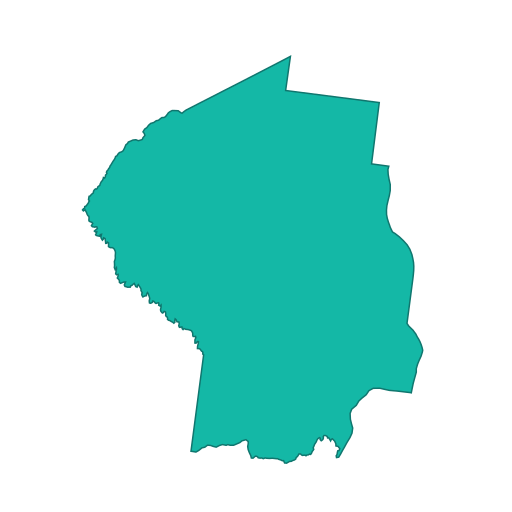 outline of Paoy Paet, Bântéay Méanchey, Cambodia, rotated 8°
{"feature_id": "14789045B48513904069909", "entity_name": "Paoy Paet", "entity_type": "district", "adm_level": 2, "iso_a3": "KHM", "parent_name": "Cambodia", "parent_adm1": "Bântéay Méanchey", "projection": "equal_earth", "projection_center": [102.631, 13.649], "detail": "fine", "context": "isolated", "style": "filled", "palette": "teal", "viewbox_px": 512, "rotation_deg": 8, "n_neighbors": 0, "source": "geoboundaries", "source_scale": "gbopen_adm2", "svg_char_len": 5740}
<svg xmlns="http://www.w3.org/2000/svg" viewBox="0 0 512 512"><g transform="rotate(8 256 256)"><path d="M262.3,53.5L258.6,56.2L225.2,79.9L166.6,121.1L164.8,122.8L162.9,124.9L161.7,124.6L158.8,123.0L156.2,123.2L152.8,123.6L150.9,124.9L149.3,126.4L148.4,128.2L147.0,130.5L145.8,131.6L143.6,132.0L142.4,133.1L140.5,135.2L138.4,135.9L136.2,138.0L134.3,138.9L133.3,139.3L131.5,141.4L130.0,144.1L128.1,145.8L126.8,148.8L128.3,150.2L129.2,152.1L127.6,154.6L127.2,156.4L125.1,157.5L123.4,158.2L120.9,157.6L118.0,158.3L116.1,159.5L113.7,160.9L113.1,162.5L111.7,163.9L110.7,167.6L109.8,170.2L108.5,171.5L106.3,172.6L105.0,174.5L104.4,176.1L103.1,177.0L102.9,178.4L102.3,180.1L101.4,181.8L100.2,184.6L99.6,186.1L99.0,187.1L98.7,188.8L97.9,190.0L97.4,191.5L96.6,192.5L96.2,193.9L96.9,194.8L96.4,196.0L95.7,196.8L95.8,198.4L95.2,199.9L94.0,199.5L93.9,200.8L93.4,202.6L92.5,203.8L92.1,205.0L91.6,206.6L91.5,207.9L90.6,208.6L89.8,209.4L89.5,210.9L88.8,211.9L87.7,211.9L86.8,212.9L86.1,214.4L86.1,216.2L85.2,217.1L84.3,218.1L83.5,219.6L82.4,220.1L82.3,221.8L82.3,223.6L83.4,224.7L82.8,225.7L82.5,227.1L81.7,228.4L81.0,229.9L79.5,230.9L79.6,232.5L78.5,233.3L77.8,234.5L78.8,235.4L80.4,234.1L81.5,235.7L82.4,237.0L82.9,238.1L84.0,239.5L84.9,239.9L85.4,241.6L85.4,242.9L85.7,244.5L86.8,245.1L88.8,245.5L89.8,246.4L88.8,248.9L89.9,249.8L91.1,249.8L92.5,249.9L93.3,249.3L94.3,249.3L95.1,250.8L94.2,251.9L93.4,252.7L92.5,253.8L93.8,254.6L94.9,254.2L94.8,255.5L94.2,257.3L95.0,257.9L96.6,258.1L98.3,258.2L98.8,256.5L100.0,256.0L99.9,257.4L99.7,258.7L100.2,259.9L101.7,261.7L102.5,260.5L102.6,259.2L104.1,259.7L104.9,262.4L105.4,264.4L106.4,264.2L106.8,262.9L108.1,263.4L108.4,265.3L108.6,267.2L109.8,267.8L111.0,268.0L112.5,267.7L113.3,268.0L113.5,268.1L114.4,268.6L115.8,270.5L116.4,272.3L116.5,274.0L116.6,275.5L117.0,277.6L116.9,279.4L116.5,281.1L116.9,283.0L117.3,285.4L117.3,287.1L118.3,288.9L119.4,287.0L119.7,288.5L119.4,289.8L119.6,290.9L119.5,293.2L120.6,294.0L122.0,293.4L122.3,294.9L121.7,297.1L122.9,298.0L124.1,299.2L124.4,301.1L125.7,301.9L126.9,301.2L128.7,300.2L130.4,299.9L129.9,301.8L129.6,303.0L130.5,304.4L131.9,304.5L133.0,304.8L134.4,304.6L135.9,304.3L136.2,302.8L137.3,302.3L138.3,301.0L139.2,300.1L140.3,301.6L141.1,303.0L142.6,303.4L142.8,301.7L143.5,300.7L144.1,301.5L145.1,302.6L146.0,303.7L146.7,304.7L146.9,306.2L148.5,308.4L148.1,309.6L148.6,311.0L149.7,312.3L150.6,311.6L151.6,311.0L153.0,310.6L153.0,309.0L153.6,307.3L154.5,308.2L155.1,309.5L155.9,311.0L156.7,312.8L156.5,315.3L157.0,317.3L158.0,317.5L158.9,317.1L159.9,316.3L159.9,315.0L160.9,315.0L161.9,315.7L162.8,316.6L163.6,316.9L165.2,316.1L166.0,315.8L166.5,317.0L166.5,318.3L168.0,318.9L168.8,317.8L169.1,319.6L168.9,322.6L169.5,324.0L171.2,325.5L172.1,325.0L172.7,323.6L174.1,323.9L174.7,325.8L174.8,327.4L175.5,328.4L176.4,328.7L177.1,329.7L177.2,331.1L178.4,331.8L179.9,332.0L181.2,332.7L182.8,333.2L184.0,334.0L184.9,332.8L184.5,331.3L184.7,329.5L185.8,330.2L186.3,331.2L187.0,332.2L188.7,332.0L189.4,333.7L189.2,335.9L190.1,337.3L191.4,336.9L192.5,336.6L193.1,338.3L194.0,339.0L194.7,337.9L195.7,338.1L196.7,338.4L198.2,338.3L199.2,338.3L201.1,338.6L202.5,339.0L203.4,340.2L204.0,341.1L204.4,343.3L204.9,344.4L206.2,344.4L207.3,344.0L207.8,345.3L207.2,347.5L207.4,349.0L207.6,350.7L208.7,350.7L209.3,349.8L209.9,348.8L210.9,348.8L211.0,351.1L210.8,352.5L210.7,353.9L210.9,355.8L212.1,355.7L213.1,355.7L214.1,356.5L215.3,357.8L216.3,358.1L216.9,359.3L216.9,360.5L217.9,361.1L218.8,458.4L220.3,458.4L223.8,458.5L226.3,456.6L228.0,454.8L229.2,453.5L231.9,452.5L234.3,450.1L237.3,449.9L240.1,450.5L243.2,450.8L246.2,448.7L249.0,447.4L252.8,447.6L254.3,446.7L256.7,447.0L260.2,446.5L266.0,443.0L267.8,441.0L271.6,439.3L274.1,440.8L274.4,442.9L274.3,445.8L275.2,448.8L276.8,451.7L278.6,454.4L279.5,456.7L281.2,456.6L283.1,454.4L284.3,454.2L285.5,454.6L286.2,455.5L288.1,455.6L289.8,455.2L291.4,455.7L293.1,454.7L294.6,454.8L297.4,454.6L300.3,454.0L304.4,453.9L305.6,453.7L306.8,454.2L308.9,454.5L310.5,455.1L311.8,454.8L312.5,456.0L313.1,457.0L314.1,456.9L315.1,456.9L317.0,455.4L317.8,454.8L319.6,454.4L320.7,453.5L322.5,452.6L323.6,451.5L323.8,450.0L324.9,448.8L325.5,447.6L326.0,446.1L327.7,445.8L328.8,446.7L329.9,447.0L331.1,446.6L332.3,446.4L333.3,446.9L334.1,446.0L335.4,445.7L336.7,444.7L337.7,444.9L338.4,443.7L338.9,441.7L339.6,440.5L340.1,439.4L339.3,438.0L339.8,436.3L340.2,434.4L341.5,431.7L342.0,429.7L342.6,428.4L343.3,427.7L344.2,427.0L345.0,427.5L345.0,428.8L346.3,429.9L347.0,429.3L347.8,428.3L348.1,426.8L347.7,425.6L348.3,424.3L349.9,424.1L351.7,424.8L352.2,426.2L353.3,425.9L354.6,427.4L355.6,428.7L356.1,427.1L357.1,426.4L359.6,428.3L361.2,430.8L361.6,433.0L363.7,433.1L365.8,435.1L365.4,437.0L364.1,437.5L363.9,438.9L363.9,440.2L363.8,441.5L363.2,442.7L363.8,444.4L365.9,443.7L366.6,442.1L367.4,440.2L368.7,436.6L370.1,433.2L372.0,428.1L374.3,422.8L375.7,418.1L375.7,412.9L374.0,409.1L372.2,404.6L371.1,398.8L372.1,394.4L376.1,389.9L378.0,385.3L380.6,382.1L384.4,378.1L386.6,373.6L390.5,370.7L397.0,369.7L401.4,370.1L406.9,370.5L414.5,370.1L427.8,369.8L428.8,369.9L429.4,360.3L429.9,356.2L430.9,348.7L430.4,345.2L431.1,340.5L432.0,336.9L433.4,332.2L434.1,328.0L434.2,326.1L433.2,323.5L431.9,320.8L430.4,318.2L428.8,315.9L426.8,313.5L425.1,311.0L422.8,308.7L421.9,307.7L419.7,306.1L417.0,304.1L414.9,301.7L414.5,256.7L414.4,252.7L414.2,248.6L413.7,244.3L412.9,240.5L411.6,236.6L410.2,232.9L407.4,227.9L404.1,223.9L399.8,220.3L395.3,217.1L390.6,214.4L387.8,213.2L385.0,209.0L383.7,206.4L382.4,204.0L380.7,200.3L379.5,196.7L378.8,192.3L378.6,187.9L379.1,182.2L379.6,177.8L379.8,172.5L379.0,166.6L377.0,161.3L375.5,156.6L374.6,152.0L375.0,148.6L357.6,148.7L356.7,86.9L262.3,88.0L262.3,53.5Z" fill="#14b8a6" stroke="#0f766e" stroke-width="1.5"/></g></svg>